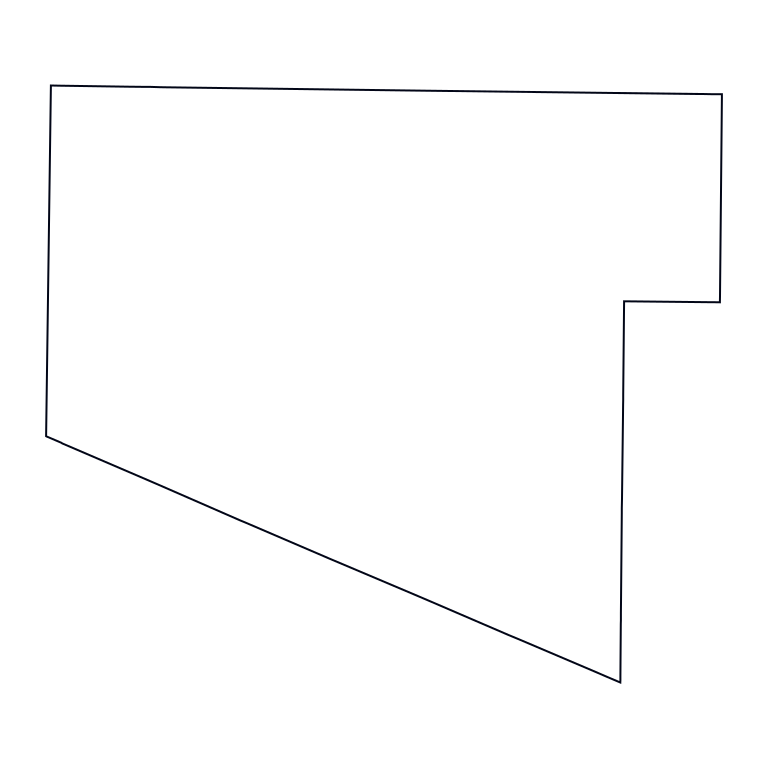 Maipú, Chaco, Argentina (Natural Earth projection)
{"feature_id": "61730980B32461814462498", "entity_name": "Maipú", "entity_type": "district", "adm_level": 2, "iso_a3": "ARG", "parent_name": "Argentina", "parent_adm1": "Chaco", "projection": "natural_earth1", "projection_center": [-60.353, -26.376], "detail": "fine", "context": "isolated", "style": "outline", "palette": "ink", "viewbox_px": 768, "rotation_deg": 0, "n_neighbors": 0, "source": "geoboundaries", "source_scale": "gbopen_adm2", "svg_char_len": 790}
<svg xmlns="http://www.w3.org/2000/svg" viewBox="0 0 768 768"><path d="M719.9,302.3L719.9,302.0L720.0,296.2L721.9,97.9L721.9,94.2L715.1,94.2L712.2,94.2L702.6,94.0L698.0,94.0L425.5,90.7L166.2,87.3L160.4,87.2L151.0,86.9L147.0,86.9L128.5,86.7L60.4,85.7L50.9,85.5L46.6,399.7L46.1,436.2L46.4,436.4L61.4,442.8L62.2,443.4L151.0,481.5L156.1,483.7L240.4,520.5L244.8,522.3L329.6,558.7L419.2,596.6L428.1,600.4L508.5,635.0L517.7,638.8L598.1,673.0L598.3,673.1L607.1,676.9L620.3,682.5L620.4,680.2L620.4,676.2L620.8,623.7L620.9,620.5L620.9,615.8L620.9,613.1L621.0,602.8L621.8,513.1L621.8,509.2L621.8,508.1L622.0,498.8L623.0,415.2L623.1,405.1L623.2,400.0L623.2,394.8L624.0,311.3L624.1,301.3L633.5,301.4L710.3,302.2L713.4,302.2L719.7,302.3L719.9,302.3Z" fill="none" stroke="#020617" stroke-width="2"/></svg>